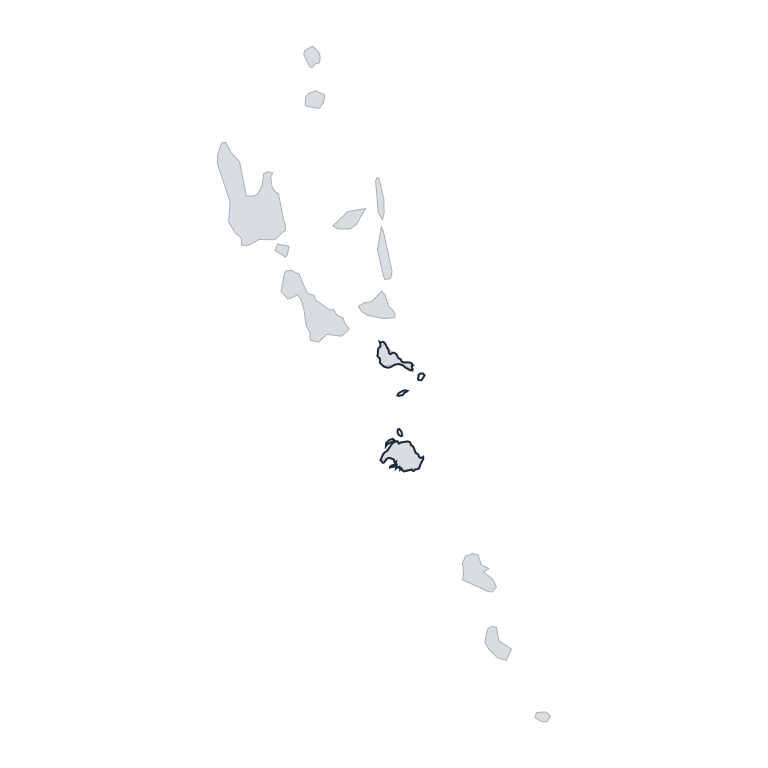 where Shefa sits in Vanuatu
{"feature_id": "VUT-565", "entity_name": "Shefa", "entity_type": "Province", "adm_level": 1, "iso_a3": "VUT", "parent_name": "Vanuatu", "parent_adm1": "", "projection": "albers", "projection_center": [168.336, -17.198], "detail": "fine", "context": "in_parent", "style": "outline", "palette": "slate", "viewbox_px": 768, "rotation_deg": 0, "n_neighbors": 0, "source": "natural_earth", "source_scale": "10m", "svg_char_len": 4871}
<svg xmlns="http://www.w3.org/2000/svg" viewBox="0 0 768 768"><path d="M239.6,162.0L246.3,196.1L253.8,196.0L257.6,194.1L262.0,186.1L263.8,173.5L267.8,171.7L272.7,173.0L270.6,177.0L272.1,187.1L275.9,192.6L278.4,193.6L283.6,219.9L285.5,225.4L285.4,229.8L274.9,239.7L259.3,239.5L248.2,245.5L241.5,245.1L241.5,238.5L235.5,233.2L228.6,222.0L230.1,201.8L217.7,164.6L217.5,155.3L221.6,143.0L225.6,142.4L231.2,152.6L239.6,162.0ZM306.9,292.8L311.5,295.0L314.0,295.0L315.6,300.0L329.8,310.0L333.7,309.7L337.0,315.2L343.2,318.0L344.8,323.5L349.2,329.2L341.6,336.2L326.9,334.4L318.5,342.2L310.8,340.3L309.5,336.2L310.6,334.8L306.0,324.3L303.8,308.3L300.7,298.9L297.3,294.9L290.4,298.4L287.7,299.0L281.0,291.3L284.0,275.6L285.6,271.1L291.0,270.2L299.2,274.3L306.9,292.8ZM496.5,587.1L492.0,592.0L488.0,591.5L462.5,579.8L463.6,575.0L462.6,562.9L465.4,556.3L472.5,553.6L478.0,555.0L481.3,564.7L488.9,568.7L483.5,572.0L492.8,579.4L496.5,587.1ZM409.6,442.2L419.4,456.9L423.3,458.1L417.3,468.7L405.0,469.6L390.4,466.9L395.8,463.2L393.0,459.1L388.6,458.3L383.6,460.3L381.2,459.6L384.5,452.8L392.6,443.2L395.0,442.5L397.1,442.4L399.3,443.2L409.6,442.2ZM394.9,317.5L383.5,318.5L367.5,315.3L361.1,310.9L358.3,306.4L363.8,303.0L371.8,301.4L381.6,291.1L385.1,295.0L388.8,306.6L392.8,310.1L395.0,313.6L394.9,317.5ZM511.5,649.2L506.3,660.4L497.4,657.7L489.1,649.5L484.8,642.4L487.8,628.8L492.1,626.5L496.5,627.3L498.7,640.6L511.5,649.2ZM386.5,279.6L384.8,279.7L383.2,275.0L377.5,249.7L381.2,227.0L383.5,231.8L392.0,271.5L390.8,278.0L386.5,279.6ZM409.7,363.2L412.7,364.8L411.1,369.0L397.4,364.1L386.5,366.0L383.5,365.8L380.2,361.9L377.8,354.0L378.9,348.5L383.5,344.7L385.2,344.1L388.6,348.8L391.8,352.0L394.8,353.4L401.7,361.1L409.7,363.2ZM356.4,224.4L349.7,229.1L337.3,228.7L332.7,226.0L347.9,211.6L365.5,208.5L356.4,224.4ZM323.3,103.0L319.2,108.3L307.8,106.6L305.2,105.2L305.8,96.5L308.7,93.5L315.4,90.8L324.7,95.0L323.3,103.0ZM313.6,66.5L312.1,67.5L309.7,66.7L303.7,54.3L305.2,50.1L312.7,46.1L319.4,53.0L320.0,56.8L320.0,60.1L319.0,63.0L314.5,64.2L313.6,66.5ZM384.1,213.2L382.4,219.6L378.2,212.2L375.6,181.0L376.6,178.1L378.8,177.8L383.9,199.6L384.1,213.2ZM550.5,716.2L547.0,721.9L541.7,721.8L535.0,717.7L536.3,712.7L544.0,711.9L546.2,712.2L550.5,716.2ZM287.5,254.4L285.7,257.1L275.1,250.5L277.5,244.0L289.0,246.2L287.5,254.4Z" fill="#d9dde1" stroke="#a8b0b8" stroke-width="1"/><path d="M419.8,457.6L420.8,457.8L421.8,457.7L422.6,457.3L423.2,456.9L423.3,458.7L420.4,464.7L419.6,467.3L418.9,468.5L417.6,469.1L415.0,469.6L414.8,469.8L414.5,470.3L414.1,470.8L413.3,471.0L412.8,470.8L412.2,470.3L411.7,469.8L411.7,469.6L404.7,471.3L403.9,471.3L402.2,470.3L401.8,469.5L401.6,468.5L401.2,468.2L400.1,469.6L400.0,468.7L399.6,467.7L399.5,466.8L399.1,467.0L398.8,467.5L398.0,467.2L397.2,467.3L396.6,467.6L396.1,468.2L396.7,464.6L396.1,464.6L395.1,466.0L393.5,466.6L390.0,467.5L390.0,466.8L391.7,465.5L393.9,464.9L395.7,463.9L396.1,461.7L395.3,462.3L394.6,462.3L394.2,461.8L393.9,459.6L393.5,459.3L392.8,459.2L392.0,458.9L390.5,458.1L389.1,457.9L387.9,458.2L386.6,458.9L386.0,459.7L384.6,461.9L384.0,462.5L382.9,462.8L382.2,462.4L381.9,461.3L380.5,460.4L380.8,459.1L383.3,454.0L384.4,452.7L387.0,450.9L388.0,449.7L391.9,443.9L394.5,441.7L397.5,441.2L398.0,441.8L398.3,442.9L398.8,443.6L400.5,442.5L407.3,441.4L408.9,441.7L410.3,442.6L410.6,443.3L410.9,445.1L411.3,445.5L412.1,445.7L412.7,446.1L413.7,447.6L414.5,449.6L415.0,451.6L416.0,453.2L417.8,454.0L418.4,455.0L419.2,457.0L419.8,457.6ZM384.5,366.9L383.2,366.1L380.3,363.2L379.8,362.2L380.0,359.4L379.8,358.3L378.2,357.0L377.4,356.0L377.4,355.1L377.8,353.9L378.0,350.1L378.4,348.4L379.1,347.7L379.7,347.2L380.2,346.5L380.4,345.2L380.4,344.2L380.2,343.5L379.7,341.9L380.7,342.6L381.3,342.5L381.9,342.2L382.8,341.9L383.8,342.2L384.3,342.7L384.5,343.2L384.9,343.4L385.6,344.3L387.3,348.2L388.3,349.1L388.5,349.8L388.7,351.4L389.1,353.1L390.0,354.1L390.7,354.0L392.4,352.9L393.4,352.7L394.2,352.8L395.0,353.2L395.7,353.7L396.1,354.1L397.2,355.6L397.8,357.2L398.7,358.5L400.5,359.0L400.8,359.6L401.2,360.8L402.2,362.0L403.9,362.5L409.2,362.4L411.4,363.1L413.1,365.4L411.8,366.0L412.0,367.4L412.6,369.1L412.4,370.4L411.4,369.9L410.4,370.4L405.1,367.4L403.5,365.7L401.9,364.9L400.0,364.3L398.5,364.0L394.4,364.9L391.4,366.7L388.5,367.8L384.5,366.9ZM420.9,380.3L419.2,380.1L418.2,379.7L417.9,378.8L418.5,377.4L418.4,375.2L420.2,373.6L422.8,373.4L424.6,375.3L421.9,379.7L420.9,380.3ZM404.2,393.0L403.7,393.7L403.3,394.4L402.8,394.9L399.5,395.8L398.5,395.9L397.4,395.4L397.9,394.2L399.1,392.9L400.1,392.3L403.9,390.4L405.3,390.3L407.6,390.9L406.7,391.6L404.2,393.0ZM397.5,432.4L397.9,429.5L399.0,429.0L400.3,430.1L401.5,432.0L402.3,435.7L400.8,436.2L398.6,434.7L397.5,432.4ZM385.9,446.2L386.1,443.0L389.2,440.1L392.8,438.8L394.8,440.6L393.5,441.0L391.3,442.3L390.0,442.6L387.7,444.2L386.7,445.1L385.9,446.2Z" fill="none" stroke="#1e293b" stroke-width="2"/></svg>